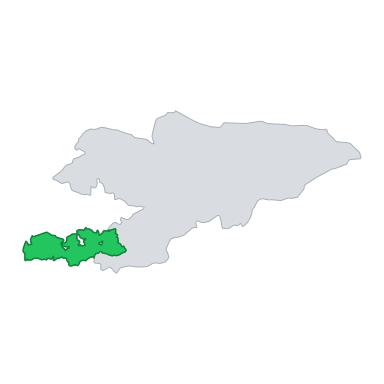 where Batken sits in Kyrgyzstan
{"feature_id": "KGZ-1119", "entity_name": "Batken", "entity_type": "Region", "adm_level": 1, "iso_a3": "KGZ", "parent_name": "Kyrgyzstan", "parent_adm1": "", "projection": "equal_earth", "projection_center": [71.05, 39.853], "detail": "fine", "context": "in_parent", "style": "filled", "palette": "green", "viewbox_px": 384, "rotation_deg": 0, "n_neighbors": 0, "source": "natural_earth", "source_scale": "10m", "svg_char_len": 8605}
<svg xmlns="http://www.w3.org/2000/svg" viewBox="0 0 384 384"><path d="M76.8,231.1L77.8,230.5L81.0,229.8L87.5,229.2L89.8,229.7L94.2,232.4L97.6,232.0L98.3,232.4L99.6,234.7L104.3,231.3L107.7,230.3L109.4,227.0L113.1,223.0L116.2,222.4L116.3,223.0L116.9,223.6L120.1,224.5L121.1,223.5L121.6,222.0L120.4,219.7L120.4,218.8L121.4,217.4L126.5,219.6L127.7,219.5L130.0,218.3L132.1,216.1L132.9,214.4L143.3,209.0L144.0,208.0L143.9,207.2L139.5,206.0L137.5,206.7L135.7,206.7L134.6,205.9L129.2,205.6L128.1,205.0L124.5,201.1L120.1,198.6L118.0,198.7L115.5,199.7L114.7,199.3L114.5,195.5L113.9,193.3L112.4,192.8L110.5,193.7L105.1,192.4L104.5,187.8L102.5,183.7L99.6,182.0L99.5,179.5L98.5,178.5L97.7,178.8L96.6,180.0L97.2,182.8L96.8,185.5L96.1,186.9L94.9,187.9L93.5,187.9L91.1,186.5L90.7,194.8L90.2,195.3L87.3,194.2L85.0,194.7L81.5,194.2L78.9,192.8L73.8,191.2L71.4,189.7L70.0,184.2L68.6,182.2L67.2,181.8L61.9,183.7L56.3,180.3L53.6,179.6L52.9,178.6L53.0,177.3L61.4,171.1L64.7,166.9L66.8,165.1L72.1,163.2L73.3,159.3L73.7,158.9L79.1,157.0L85.1,153.6L85.2,152.7L84.6,151.9L79.2,148.7L76.5,150.2L74.9,148.4L74.9,146.5L76.7,143.4L78.2,141.8L78.8,138.7L81.0,136.7L83.2,133.5L86.0,130.9L91.0,128.9L93.8,129.5L96.4,129.1L100.5,127.5L103.0,127.3L113.5,129.8L117.0,129.9L125.1,133.1L131.5,134.7L134.7,137.7L144.9,139.1L147.8,140.0L148.8,141.5L151.7,143.3L154.2,143.8L152.0,136.4L152.8,132.1L155.8,120.2L157.5,118.4L165.8,115.0L167.7,112.6L173.6,112.6L174.9,112.1L175.5,110.8L194.2,121.1L201.3,124.1L211.0,126.7L219.2,127.6L220.6,127.0L223.8,122.9L225.3,122.8L245.7,123.5L260.2,121.3L262.3,121.4L267.8,123.7L285.0,124.4L291.8,125.9L302.5,125.4L307.1,125.6L315.3,128.6L318.2,129.2L323.5,129.7L325.5,129.2L326.7,129.8L328.0,133.5L333.3,138.3L335.2,140.8L337.1,141.8L346.7,142.6L350.4,143.6L359.6,152.5L361.0,157.7L360.1,158.8L350.7,159.5L348.7,160.3L346.6,164.2L334.1,168.9L332.3,168.8L315.7,177.8L304.4,185.3L304.0,189.0L297.4,197.3L292.3,198.3L288.0,198.1L280.9,200.6L271.7,199.7L268.5,199.9L262.5,198.7L260.1,199.3L257.5,201.0L254.1,207.7L252.7,209.2L252.1,210.7L251.7,214.0L250.4,217.4L247.5,222.6L245.0,225.0L242.6,226.5L240.7,223.4L237.6,225.6L234.6,225.1L232.9,225.8L228.8,228.5L222.8,228.4L222.1,227.5L220.8,219.9L219.7,216.3L218.8,215.5L217.7,215.4L209.2,221.3L205.2,222.4L201.9,222.6L197.6,220.8L196.6,221.2L195.9,222.2L195.6,223.4L196.9,226.8L196.6,227.5L194.7,227.4L192.0,228.2L183.8,235.3L178.6,237.1L173.7,237.8L170.8,239.1L169.2,241.7L166.1,249.0L166.3,250.5L167.6,252.5L168.7,256.9L168.5,258.1L165.9,261.7L162.6,262.8L160.0,263.4L154.9,262.9L152.4,263.6L147.7,266.4L143.7,266.9L136.4,267.0L129.1,265.9L126.8,266.3L120.4,267.9L118.2,270.5L117.0,272.9L116.4,273.2L113.8,271.1L110.6,267.3L108.9,267.4L103.2,270.5L102.3,270.4L100.7,269.2L100.9,264.4L99.0,263.4L95.1,263.2L93.8,262.1L94.2,259.1L93.7,257.9L92.7,257.0L90.7,257.3L86.6,259.8L81.8,260.7L80.1,261.5L78.3,264.9L71.9,265.6L69.8,264.8L65.9,258.6L62.6,257.7L59.2,257.9L54.6,259.5L53.5,258.2L52.3,257.8L51.3,258.9L45.7,259.1L39.9,258.9L36.7,258.2L34.6,258.3L30.3,260.0L25.2,260.3L24.7,254.5L23.1,250.6L24.7,244.2L25.6,242.1L29.5,244.5L30.9,244.1L31.2,242.9L30.6,240.0L32.6,236.9L46.1,232.6L61.1,238.9L63.1,242.9L64.4,242.7L66.5,240.9L67.1,237.5L70.0,235.5L76.5,233.2L76.8,231.1ZM84.5,245.2L84.8,244.7L83.7,241.7L85.2,238.9L82.1,238.4L80.6,237.6L78.9,234.8L78.3,234.7L77.4,235.4L76.9,237.3L77.3,239.3L79.5,241.2L78.5,245.1L83.0,245.6L84.5,245.2ZM68.8,248.0L68.7,247.1L67.7,246.8L62.1,245.6L62.3,246.4L64.4,249.4L66.1,249.6L68.8,248.0ZM102.3,242.9L102.6,241.1L99.2,242.1L98.9,243.1L100.0,244.2L101.5,244.6L102.3,242.9Z" fill="#d9dde1" stroke="#a8b0b8" stroke-width="1"/><path d="M109.2,231.2L109.6,231.1L109.8,230.7L109.7,230.3L109.5,230.2L110.6,230.1L112.1,229.6L114.8,228.8L115.3,228.9L115.6,229.2L115.8,229.8L115.8,230.2L115.6,231.0L115.6,231.4L115.7,231.7L115.9,232.2L115.8,232.5L115.6,232.8L115.3,233.0L115.2,233.2L115.2,233.4L115.5,233.7L116.8,234.3L117.3,234.6L117.5,235.0L117.5,235.6L117.3,236.1L116.7,236.7L116.6,236.9L116.6,237.1L117.6,237.6L117.9,237.8L118.1,238.1L118.1,238.5L118.0,238.8L117.9,239.1L117.9,239.4L118.0,239.8L118.3,240.5L118.3,240.9L118.2,241.3L118.0,241.6L117.9,242.0L117.8,242.3L117.9,242.6L118.0,242.9L118.3,243.0L119.1,243.2L119.6,243.4L120.1,243.7L120.4,244.0L120.7,244.5L121.2,245.5L121.9,246.5L122.4,246.8L122.7,246.7L123.2,246.3L123.5,246.2L123.9,246.3L124.1,246.5L124.3,247.4L124.4,247.8L124.8,248.2L125.5,249.0L126.2,250.3L125.8,250.8L125.7,251.3L125.5,251.5L125.4,251.7L125.1,251.9L124.0,252.4L122.5,252.9L121.0,253.6L120.2,254.4L119.8,254.6L119.4,254.8L118.4,255.1L117.7,255.4L116.6,255.6L114.6,255.3L113.6,255.4L113.1,255.5L112.5,255.8L112.2,255.8L111.8,255.8L111.2,255.4L110.5,255.4L110.1,255.3L109.4,255.2L109.0,255.0L108.3,254.5L108.1,254.3L107.9,254.2L107.4,254.0L102.8,253.0L102.3,252.8L101.9,252.6L101.7,252.3L101.5,251.8L101.2,251.6L100.8,251.5L100.3,251.5L99.9,251.7L99.6,251.9L99.3,252.4L98.9,252.7L98.4,253.1L96.0,253.7L95.2,254.4L94.6,255.7L94.5,256.0L94.2,257.1L93.9,257.8L93.4,257.3L92.4,256.7L91.8,256.7L90.7,257.3L89.9,257.4L89.6,257.5L89.3,257.7L88.9,258.2L88.7,258.3L87.6,258.9L87.2,259.3L86.2,260.4L85.9,260.7L85.5,260.7L83.7,260.3L82.4,260.4L81.1,260.8L80.1,261.4L79.4,262.6L79.0,263.9L78.4,265.0L77.4,265.6L76.5,265.3L75.8,264.8L75.1,264.5L74.5,264.8L74.1,265.2L73.9,265.3L73.6,265.3L73.1,265.3L72.8,265.4L71.8,266.0L70.9,266.1L70.0,265.9L69.2,265.4L68.7,264.6L68.7,264.1L68.9,263.5L68.9,263.0L68.8,262.4L68.5,262.1L67.7,261.8L67.4,261.5L66.8,259.5L66.4,258.7L65.6,258.1L65.1,258.0L63.9,258.2L63.4,258.2L63.0,257.9L62.3,257.3L61.9,257.1L61.3,257.2L60.3,257.6L59.8,257.7L59.5,257.8L59.3,258.0L59.2,258.2L59.0,258.4L58.7,258.4L58.0,258.2L57.7,258.1L57.3,258.3L54.5,260.4L54.0,260.5L53.4,260.3L53.4,259.7L53.7,258.2L53.7,257.5L53.6,256.8L53.3,256.4L52.8,256.8L51.9,258.7L51.7,259.0L51.1,259.2L50.6,259.0L49.6,258.4L49.0,258.3L48.3,258.3L47.6,258.5L47.1,258.9L46.6,259.6L46.4,259.9L45.4,259.4L44.2,259.3L41.7,259.8L40.5,259.4L39.2,258.7L38.0,258.2L36.8,258.1L34.0,258.3L33.5,258.5L32.5,259.4L31.9,259.7L31.4,259.9L30.8,260.0L30.1,260.0L28.7,260.2L28.1,260.0L27.3,259.2L27.2,259.1L26.9,259.2L26.8,259.5L26.7,259.8L26.5,260.1L25.3,260.6L24.8,259.6L25.0,254.8L24.9,254.0L24.7,253.3L24.3,252.8L23.7,252.3L23.3,251.8L23.0,251.0L23.2,249.4L23.5,247.8L25.0,243.5L25.6,242.1L25.7,241.7L25.8,241.4L26.3,241.5L27.2,242.5L28.6,245.1L31.6,244.0L31.6,243.5L30.9,242.2L30.9,241.9L30.9,241.6L30.8,241.4L30.7,241.1L30.5,239.8L30.7,238.8L31.2,237.9L31.8,236.9L31.9,236.7L32.1,236.0L32.2,235.8L32.5,235.8L32.8,236.5L33.0,236.7L33.5,236.7L34.0,236.6L46.2,232.3L47.3,232.4L51.7,235.3L52.4,235.5L53.9,235.4L54.6,235.5L55.3,235.8L55.7,236.3L56.1,236.9L56.6,237.4L57.2,237.7L58.3,237.8L59.4,238.4L61.9,238.7L62.7,239.0L63.4,239.5L63.7,240.2L63.3,241.1L62.8,241.5L62.3,241.7L61.8,242.1L61.4,242.7L61.1,243.4L61.0,244.1L61.2,244.7L61.9,244.9L62.2,244.5L62.4,243.6L62.6,243.3L63.0,243.1L64.3,243.1L65.0,242.8L65.6,242.4L66.1,241.9L66.6,241.1L66.8,239.7L66.8,238.4L66.9,237.4L67.8,236.6L69.7,236.0L70.2,235.7L71.4,234.7L71.6,234.4L71.8,234.3L72.0,234.3L72.1,234.5L72.7,234.2L72.9,234.0L73.3,233.9L75.0,234.2L75.9,233.9L77.0,233.1L77.5,232.2L76.8,231.2L78.0,230.0L79.8,229.7L83.4,230.2L84.3,230.1L84.8,229.4L85.0,228.5L85.5,227.8L86.0,227.7L86.3,227.9L86.6,228.3L86.9,228.7L87.3,228.9L87.8,229.0L88.8,228.9L89.4,228.9L90.4,229.8L91.8,230.2L92.1,230.7L92.3,231.3L92.9,231.9L93.5,232.3L94.2,232.6L95.7,232.9L96.5,232.8L96.7,232.3L96.8,231.6L97.0,230.8L97.6,230.3L98.1,230.8L98.5,231.7L98.8,232.6L98.8,234.2L99.0,234.8L99.6,235.1L100.0,235.0L101.6,234.0L102.1,233.5L102.5,233.0L103.0,231.7L104.0,230.7L105.1,230.7L106.3,231.0L107.6,231.1L107.9,230.9L108.1,230.9L108.4,231.0L108.7,231.1L109.2,231.2ZM83.6,239.2L83.4,239.1L83.2,239.0L81.4,238.2L80.6,237.7L80.0,237.0L79.6,235.9L79.1,234.9L78.4,234.4L77.4,235.0L76.9,236.2L76.7,237.0L76.7,237.6L76.8,238.3L77.6,240.0L77.9,240.5L78.3,240.7L79.2,240.9L79.5,241.2L79.7,242.4L78.3,244.5L78.4,245.5L78.8,245.7L79.2,245.4L79.7,245.0L80.0,244.8L80.6,244.8L80.7,245.1L80.8,245.6L81.2,245.9L81.6,246.0L83.1,245.6L84.1,245.6L84.6,245.4L84.9,244.9L85.0,243.6L83.6,242.2L83.5,241.1L84.0,240.6L85.5,239.6L85.7,239.0L85.4,238.6L85.0,238.5L84.3,238.7L84.1,238.8L83.7,239.1L83.6,239.2ZM62.6,245.7L62.1,245.7L62.1,246.3L62.3,247.0L62.7,247.6L63.8,248.3L64.1,248.7L64.9,250.2L65.1,250.4L66.7,249.1L67.6,248.6L68.6,248.4L68.9,248.1L69.0,247.4L68.8,246.6L68.4,246.5L67.4,247.0L66.3,246.9L62.6,245.7ZM101.1,244.9L101.6,244.8L101.9,244.3L102.6,241.7L102.5,241.3L101.7,241.5L100.6,242.4L100.0,242.7L99.2,242.7L98.7,243.3L99.1,243.9L99.7,244.4L100.3,244.7L101.1,244.9Z" fill="#22c55e" stroke="#15803d" stroke-width="1.5"/></svg>